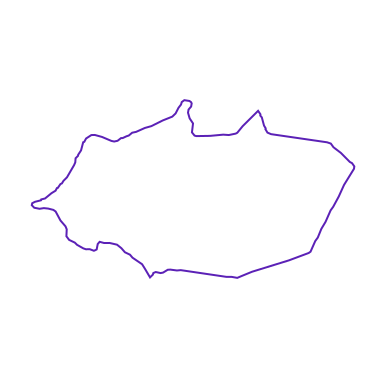 the district of Sipacapa, San Marcos, Guatemala, rotated 10°
{"feature_id": "79465075B25557085984198", "entity_name": "Sipacapa", "entity_type": "district", "adm_level": 2, "iso_a3": "GTM", "parent_name": "Guatemala", "parent_adm1": "San Marcos", "projection": "albers", "projection_center": [-91.681, 15.195], "detail": "fine", "context": "isolated", "style": "outline", "palette": "violet", "viewbox_px": 384, "rotation_deg": 10, "n_neighbors": 0, "source": "geoboundaries", "source_scale": "gbopen_adm2", "svg_char_len": 1756}
<svg xmlns="http://www.w3.org/2000/svg" viewBox="0 0 384 384"><g transform="rotate(10 192 192)"><path d="M265.0,260.1L299.3,242.5L317.5,231.8L319.1,230.2L321.9,218.9L323.8,215.0L325.8,205.8L328.7,198.2L331.7,186.0L333.6,182.1L337.3,171.0L340.5,158.6L347.5,141.0L347.4,138.6L344.6,135.8L342.2,135.0L331.9,127.7L323.6,123.4L320.3,120.2L316.4,119.6L259.8,121.3L256.0,120.4L253.4,117.4L253.5,116.5L251.4,114.1L247.8,106.4L246.0,104.9L245.9,103.6L243.0,100.6L230.5,118.3L226.3,125.8L224.9,126.9L218.4,129.5L212.8,130.1L200.0,133.6L186.5,136.2L184.7,136.0L181.6,133.3L181.1,124.3L176.9,119.9L174.3,114.6L174.3,111.4L176.3,108.0L176.3,104.8L175.5,103.7L173.7,102.8L168.5,102.9L166.3,105.2L166.0,107.8L164.1,111.4L162.2,117.5L159.5,121.2L150.8,126.6L140.5,134.2L134.5,137.1L126.5,142.5L122.8,144.0L119.9,147.4L117.8,148.5L114.4,150.9L112.8,151.2L109.8,154.5L106.6,155.8L103.8,155.7L93.8,153.4L86.4,152.7L83.0,153.4L78.4,157.7L77.2,161.3L76.2,161.9L75.5,170.3L73.4,175.2L73.5,176.1L71.5,179.0L71.9,183.1L71.2,186.0L66.3,199.3L63.5,203.3L62.4,206.1L61.1,207.0L59.1,211.3L58.3,211.6L57.4,214.4L53.8,217.6L48.4,223.9L44.8,225.5L44.7,226.4L39.1,228.9L36.6,230.8L36.5,232.8L39.4,234.9L44.8,235.0L48.9,233.6L53.3,233.3L58.6,233.7L61.1,234.9L67.4,242.9L73.4,247.8L75.1,250.5L76.0,257.4L79.3,260.5L85.4,262.2L88.0,264.0L94.8,266.4L97.4,266.8L101.3,266.1L105.6,266.9L107.0,266.0L108.1,265.1L108.2,259.6L109.7,257.1L114.2,257.5L119.7,256.5L127.3,256.9L132.2,259.6L136.4,263.0L141.8,264.5L144.8,267.0L155.4,271.8L159.1,275.9L165.5,283.4L166.2,282.4L167.8,280.2L168.0,278.5L170.2,277.1L175.1,277.3L177.5,276.4L181.6,272.8L184.1,272.2L190.8,271.9L194.5,270.9L240.5,269.6L245.6,268.7L251.5,268.7L255.2,266.3L265.0,260.1Z" fill="none" stroke="#5b21b6" stroke-width="2"/></g></svg>